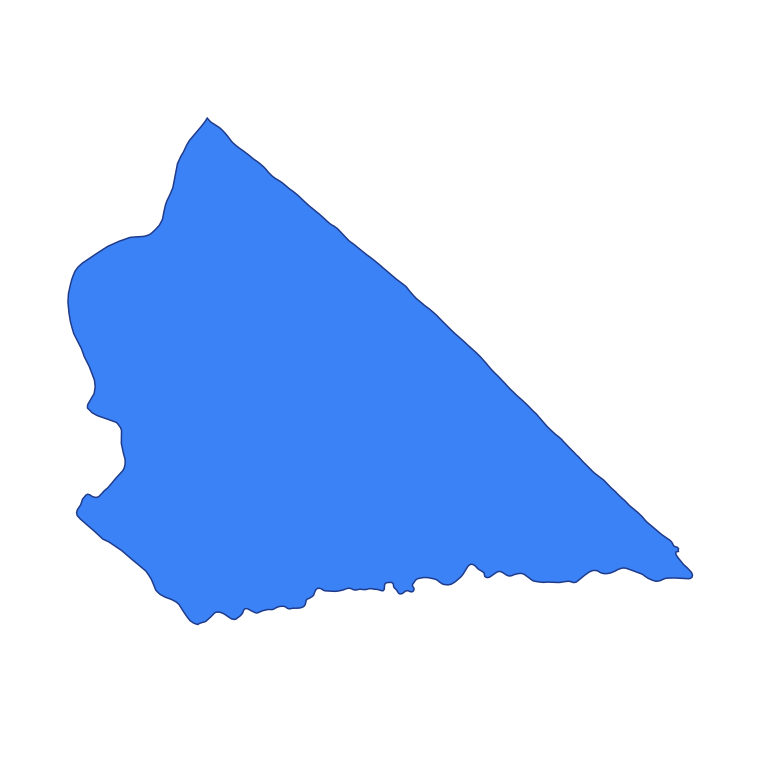 outline of Champerico, Retalhuleu, Guatemala, rotated 184°
{"feature_id": "79465075B86216931252561", "entity_name": "Champerico", "entity_type": "district", "adm_level": 2, "iso_a3": "GTM", "parent_name": "Guatemala", "parent_adm1": "Retalhuleu", "projection": "albers", "projection_center": [-91.913, 14.334], "detail": "fine", "context": "isolated", "style": "filled", "palette": "blue", "viewbox_px": 768, "rotation_deg": 184, "n_neighbors": 0, "source": "geoboundaries", "source_scale": "gbopen_adm2", "svg_char_len": 6136}
<svg xmlns="http://www.w3.org/2000/svg" viewBox="0 0 768 768"><g transform="rotate(184 384 384)"><path d="M578.9,636.9L580.8,633.4L584.6,627.7L595.1,613.4L597.5,608.6L600.4,601.1L602.5,597.1L605.4,589.4L608.3,565.3L610.6,558.4L613.3,551.7L614.5,547.4L615.6,540.3L616.4,533.3L617.6,530.2L619.2,526.7L622.6,522.4L625.9,518.8L627.6,517.2L630.2,515.8L633.1,514.7L636.5,514.1L642.1,513.4L647.7,512.5L654.5,509.5L657.8,508.1L667.0,503.2L669.5,501.8L678.9,494.8L688.9,487.0L693.4,483.5L697.4,479.3L700.0,475.2L701.6,470.6L702.7,466.7L703.7,461.6L705.1,452.1L705.0,443.6L703.1,432.3L701.1,424.1L699.2,418.5L697.0,412.6L688.1,397.8L685.0,390.5L679.3,381.0L673.1,367.6L671.9,360.9L672.5,354.2L677.9,343.3L678.3,341.5L678.1,339.3L673.0,334.9L667.9,332.5L648.8,327.2L647.3,326.2L645.8,324.5L643.8,322.1L642.6,319.4L641.9,306.5L639.1,296.6L637.1,291.0L636.8,288.5L636.7,285.6L637.3,282.1L638.4,279.5L645.1,271.1L648.7,266.0L652.1,261.4L655.7,257.9L657.9,255.0L660.8,251.6L663.1,250.8L664.3,250.8L666.9,251.3L669.5,252.8L671.8,253.4L673.6,252.4L674.5,251.1L676.7,248.1L677.5,244.8L678.2,242.3L679.7,239.6L681.1,237.3L681.7,234.1L680.8,231.3L677.5,228.1L662.1,216.5L653.7,209.7L647.3,207.2L634.0,199.5L623.2,191.4L617.0,187.0L608.5,180.8L605.4,177.0L602.5,173.0L599.1,166.2L597.4,162.6L595.3,160.6L592.5,158.4L587.4,156.1L580.9,154.2L576.2,152.1L573.1,149.8L570.4,146.0L567.8,142.5L563.8,137.5L561.0,134.4L557.6,132.4L554.9,131.5L553.0,131.1L551.2,132.4L548.9,133.3L547.7,133.8L546.3,134.2L545.0,135.0L540.9,139.2L537.2,143.6L535.7,144.6L533.5,144.9L531.8,144.8L529.8,144.4L528.2,143.8L526.1,142.7L522.9,140.8L519.6,139.0L516.8,138.7L515.5,139.0L511.1,142.8L509.7,144.6L508.9,146.0L508.6,147.4L508.2,148.7L507.0,150.2L504.3,150.3L502.4,149.3L499.4,148.0L497.0,147.1L495.7,146.7L494.2,146.8L492.4,147.8L491.1,148.4L489.1,149.4L486.3,150.3L484.4,150.9L481.6,151.1L479.9,151.1L478.3,151.8L477.2,152.5L475.5,153.6L473.5,154.5L471.9,154.9L470.4,155.2L468.9,155.2L467.2,155.0L465.9,154.3L464.7,153.5L463.1,153.1L461.6,153.3L459.8,153.9L455.2,154.3L453.0,154.6L451.3,155.0L449.3,155.9L447.8,157.2L447.2,158.7L446.8,160.6L446.6,162.6L445.6,164.1L443.9,164.8L440.8,167.0L439.5,168.4L438.8,170.8L438.5,171.9L437.5,174.2L436.1,175.5L434.4,175.7L432.4,175.4L430.7,174.3L428.6,173.6L425.7,173.6L418.9,173.7L417.1,173.9L413.9,174.6L410.1,175.8L407.8,176.9L406.2,177.6L404.4,177.8L402.5,177.6L400.8,176.9L399.3,176.5L397.6,176.5L395.3,177.2L393.4,177.7L391.3,177.5L388.8,177.5L386.9,177.9L385.4,178.5L384.2,178.8L382.4,178.9L378.8,178.6L376.7,178.6L374.9,178.4L373.6,178.0L372.1,177.7L370.6,177.6L369.4,179.2L369.4,180.8L369.4,183.7L368.9,184.8L368.1,185.7L366.6,186.2L363.9,186.5L362.5,186.5L361.1,185.7L360.6,184.2L360.2,182.4L359.5,181.3L357.3,179.6L356.0,177.8L354.7,176.2L353.5,175.7L352.1,175.9L350.9,176.4L349.6,177.6L347.7,179.2L345.4,179.4L343.8,178.8L341.9,178.5L340.6,179.2L339.8,180.5L339.8,182.3L340.7,183.3L341.7,185.2L341.2,186.7L340.1,188.3L339.0,190.4L337.4,191.8L336.0,192.4L334.1,193.0L331.8,193.5L329.9,193.8L327.5,193.9L325.6,193.8L320.6,193.1L318.6,192.6L317.1,192.0L314.0,189.8L312.3,188.9L311.0,188.3L308.2,188.1L306.2,188.1L304.6,188.5L303.1,188.9L300.9,190.4L299.5,191.4L298.0,192.8L295.9,194.9L293.8,197.0L292.5,198.8L291.8,199.9L290.9,201.6L287.8,207.6L286.5,209.2L285.4,209.9L283.8,210.4L282.2,209.9L280.7,209.2L279.6,208.2L278.0,206.7L276.6,205.6L274.8,204.8L272.1,203.3L271.1,202.7L270.5,200.6L270.0,199.1L268.8,198.3L267.1,198.1L265.0,198.8L259.7,203.1L257.6,204.6L255.8,205.1L253.8,204.8L252.1,204.0L250.1,202.9L248.4,201.9L247.2,201.5L246.0,201.2L244.2,201.4L242.6,202.0L240.7,203.0L238.2,203.8L236.9,204.2L235.5,204.5L234.2,204.6L231.8,204.3L230.0,203.4L228.0,202.1L226.2,201.0L224.2,199.6L222.3,198.4L221.0,197.9L219.1,197.7L216.5,197.4L211.5,197.2L206.1,197.9L201.3,198.0L197.4,198.1L194.7,198.3L191.5,199.1L189.5,199.5L186.6,200.1L185.2,200.1L181.9,199.3L180.3,199.2L178.1,200.0L170.3,207.4L166.1,210.8L163.4,212.2L162.1,212.6L160.3,212.7L158.3,212.6L154.5,210.8L153.0,210.4L151.1,210.2L149.6,210.3L147.9,210.5L146.7,210.8L145.1,211.2L143.1,212.1L140.3,213.6L137.3,215.5L134.6,216.6L133.4,217.0L131.2,217.2L129.3,217.0L119.8,214.3L118.7,213.9L116.8,213.4L114.7,212.8L112.4,211.9L110.0,210.3L106.8,208.5L104.9,207.8L102.0,206.8L99.1,206.2L97.8,206.3L95.1,207.0L93.3,207.9L91.5,208.9L89.7,209.7L88.1,210.1L83.8,210.5L79.8,210.8L66.5,211.0L65.0,211.4L63.3,212.7L62.9,214.5L63.7,216.9L64.8,218.2L68.8,221.9L72.6,224.8L78.7,231.4L80.4,233.7L81.1,234.8L80.9,236.9L78.6,237.5L78.9,238.7L78.7,240.3L80.0,241.6L81.8,241.9L83.4,242.5L84.5,244.0L85.3,245.5L86.6,247.0L87.5,247.8L88.9,248.7L91.0,249.9L95.7,252.7L97.1,253.6L105.1,259.5L111.7,264.3L114.1,266.4L117.1,269.6L120.2,272.2L121.9,273.6L130.7,279.9L135.7,284.5L139.0,287.0L141.0,288.6L144.3,291.4L145.1,292.3L150.6,296.6L154.4,300.1L156.0,301.6L158.2,303.5L160.3,304.9L163.0,306.6L168.2,310.1L170.0,311.6L176.2,317.0L179.7,320.0L184.4,324.5L187.3,326.8L188.9,328.3L190.4,329.7L192.0,331.0L196.7,335.2L201.4,339.5L202.6,340.8L205.5,343.1L209.5,345.8L213.9,349.3L218.3,353.0L227.0,361.7L229.6,364.4L231.0,365.6L233.3,367.4L240.0,373.4L245.9,378.2L248.0,379.7L251.0,382.1L257.9,387.9L261.2,390.9L262.7,392.4L270.9,399.9L273.8,402.3L277.1,405.2L280.3,408.4L281.9,410.0L283.1,411.4L289.9,418.0L294.2,421.7L298.3,424.9L303.5,428.9L306.2,431.2L317.3,439.7L320.7,442.5L331.2,451.6L336.5,456.4L344.1,462.1L348.9,465.1L353.1,468.2L357.6,471.4L361.1,474.6L364.7,478.2L368.1,482.0L369.6,483.3L379.5,489.8L393.3,500.0L397.8,503.4L400.1,505.0L402.2,506.5L406.3,509.3L410.2,511.7L417.0,516.4L423.5,521.0L425.5,522.3L427.9,523.7L429.2,524.7L436.9,531.7L440.0,534.6L441.1,535.6L443.6,537.2L445.0,538.1L447.2,539.0L449.0,540.1L451.7,542.1L457.3,546.6L460.7,549.2L464.3,551.7L471.5,556.8L477.1,561.3L483.0,566.2L488.3,569.9L491.8,572.0L498.9,577.2L501.6,578.9L506.6,581.4L509.9,583.5L514.0,587.0L516.3,589.5L519.2,592.2L523.3,595.3L524.8,596.3L530.1,599.5L534.5,602.7L539.8,606.2L544.4,609.0L547.8,611.2L552.0,614.4L554.3,616.9L557.9,621.0L560.9,624.0L564.4,627.1L566.4,628.5L570.2,630.6L572.2,631.7L574.5,632.9L575.8,633.9L578.9,636.9Z" fill="#3b82f6" stroke="#1e3a8a" stroke-width="1.5"/></g></svg>